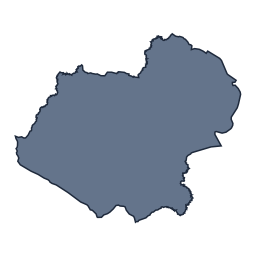 Waritchaphum, Sakon Nakhon, Thailand (Albers equal-area conic projection)
{"feature_id": "78962969B22667703415616", "entity_name": "Waritchaphum", "entity_type": "district", "adm_level": 2, "iso_a3": "THA", "parent_name": "Thailand", "parent_adm1": "Sakon Nakhon", "projection": "albers", "projection_center": [103.61, 17.26], "detail": "fine", "context": "isolated", "style": "filled", "palette": "slate", "viewbox_px": 256, "rotation_deg": 0, "n_neighbors": 0, "source": "geoboundaries", "source_scale": "gbopen_adm2", "svg_char_len": 5729}
<svg xmlns="http://www.w3.org/2000/svg" viewBox="0 0 256 256"><path d="M221.2,145.9L214.9,134.5L214.9,132.4L215.1,131.9L216.2,131.5L222.1,133.1L226.0,132.2L230.6,128.9L231.5,127.9L232.7,125.4L232.9,123.4L231.2,119.4L231.3,117.1L237.2,107.9L238.4,104.2L240.6,94.4L240.2,92.1L238.2,88.5L235.1,85.2L233.0,85.5L232.4,83.9L232.4,82.4L235.0,82.2L236.1,80.3L228.0,74.7L227.1,73.8L221.5,60.5L219.7,58.4L207.7,51.1L206.2,53.3L203.2,51.2L199.3,49.3L194.6,48.6L191.4,49.6L191.9,45.8L190.8,44.8L189.0,44.4L187.8,42.0L185.4,39.3L184.0,38.7L183.0,37.5L180.7,36.7L179.3,36.4L178.7,36.8L175.6,36.2L172.2,33.8L171.6,34.7L170.6,35.2L170.0,36.7L169.0,37.3L168.5,38.5L167.5,38.6L166.5,39.7L164.8,39.5L164.7,40.1L164.1,40.4L163.1,40.3L162.3,38.6L161.3,39.1L160.8,38.6L161.5,37.8L161.6,36.8L160.5,36.7L160.4,37.1L160.0,36.8L159.6,37.2L158.9,36.5L158.4,36.7L158.4,36.0L157.2,36.3L157.7,37.3L157.0,37.4L157.2,37.9L156.8,37.8L156.4,38.5L155.8,38.3L155.8,38.7L155.0,39.0L154.3,38.8L153.1,39.3L153.1,40.2L152.6,39.7L152.1,40.1L151.9,41.7L151.1,41.8L151.4,42.0L151.0,42.4L151.5,43.4L150.9,44.7L151.5,45.5L150.9,45.9L151.4,46.8L150.4,47.2L150.5,47.5L150.0,47.8L150.0,48.5L149.5,48.5L149.8,49.0L146.4,50.3L146.5,50.8L146.1,51.1L145.8,50.6L144.9,51.1L145.0,52.5L144.7,52.9L145.0,54.5L145.9,54.8L146.4,55.4L146.1,56.4L146.5,57.2L145.9,58.4L146.0,58.8L147.0,58.9L146.0,59.5L146.3,61.0L147.0,61.3L146.6,61.7L147.1,62.4L146.6,62.8L147.1,62.8L147.2,63.2L146.4,63.3L146.8,64.2L145.6,64.9L145.7,67.2L143.3,67.7L142.7,68.8L142.8,69.7L142.3,69.6L142.3,70.4L141.2,71.4L140.5,73.0L139.1,73.8L138.6,74.8L138.1,75.0L138.7,77.5L134.8,77.1L133.9,76.3L133.2,77.2L131.5,76.1L128.8,75.4L129.0,74.0L126.3,73.5L124.5,72.4L120.1,71.9L118.3,71.8L118.0,72.7L117.3,72.7L116.7,73.6L111.6,72.2L107.4,72.2L104.8,75.8L100.9,75.7L97.2,73.9L96.0,74.2L91.7,73.4L90.9,72.9L87.7,73.5L87.0,72.6L85.3,72.3L82.9,70.1L82.5,65.8L81.7,64.9L80.2,66.2L78.9,66.0L78.0,66.6L78.4,67.0L77.7,67.9L78.0,68.5L77.0,68.8L77.1,69.1L76.3,69.7L76.7,70.0L76.4,70.8L76.8,71.2L76.0,71.6L76.4,71.9L75.6,71.9L75.4,72.7L74.5,73.3L73.6,73.2L71.7,74.5L71.7,75.1L69.9,74.1L69.4,74.5L69.2,73.8L68.2,74.2L67.3,73.4L67.4,73.9L66.7,74.4L65.8,73.7L65.5,74.4L65.2,73.8L64.8,74.0L64.4,73.6L63.5,74.0L63.8,73.6L63.5,72.9L63.0,73.3L62.8,72.8L60.4,72.5L60.0,72.0L58.0,74.4L57.8,75.3L57.5,75.8L57.2,75.6L56.8,76.4L57.1,76.7L56.4,77.6L56.7,79.0L57.7,79.2L57.6,80.5L57.1,80.7L57.4,81.7L57.1,81.9L57.9,83.8L57.2,85.2L56.7,85.2L56.1,86.2L56.4,86.2L56.0,88.4L56.3,88.6L56.0,88.8L56.7,89.0L56.4,89.3L56.7,90.3L57.5,91.0L57.3,91.5L57.7,92.4L56.8,94.5L56.2,94.8L55.5,94.1L54.6,95.6L53.4,95.1L52.4,95.3L52.3,95.6L50.7,95.6L51.0,96.3L50.4,96.3L49.9,97.1L49.1,97.2L48.3,98.0L47.8,99.5L47.4,99.4L47.0,100.0L47.5,100.7L47.2,101.3L47.5,102.2L47.1,102.3L47.5,102.8L47.3,104.5L46.1,104.8L44.8,106.6L44.5,106.6L44.6,106.1L44.0,106.2L43.5,106.9L42.9,106.9L42.7,107.3L42.0,107.0L41.8,107.4L41.4,107.2L40.5,107.8L39.9,109.1L40.2,109.3L39.8,109.8L40.2,110.6L39.7,111.9L38.5,113.0L38.7,113.4L38.2,114.2L37.9,114.5L37.4,114.3L36.3,115.2L36.0,117.3L36.5,117.9L37.0,117.8L36.8,118.9L36.2,119.3L36.5,121.0L35.4,122.0L34.7,123.4L32.7,125.0L32.1,126.0L32.1,127.0L31.5,127.9L31.6,130.1L31.2,130.8L30.0,131.2L28.1,135.1L25.8,137.7L25.1,138.0L23.5,137.9L21.7,136.8L18.4,137.4L15.4,136.2L16.0,138.6L17.3,140.9L17.6,142.2L17.5,145.5L17.1,147.4L16.1,148.6L17.2,150.8L17.1,151.8L16.5,152.4L16.7,154.2L17.8,155.7L18.8,158.0L17.8,161.3L20.3,164.8L31.1,171.2L38.1,174.4L44.1,178.1L48.0,179.7L49.3,180.8L50.0,182.1L52.0,183.4L56.2,184.9L68.1,192.6L80.7,202.0L86.8,204.7L88.0,205.8L90.3,209.8L92.4,210.3L96.1,213.9L97.1,217.0L97.6,217.4L101.5,217.3L103.8,214.9L107.4,213.7L109.9,212.1L113.3,208.9L116.0,205.5L118.5,205.1L120.0,206.0L123.7,206.3L125.1,206.9L126.3,210.2L129.2,214.0L133.6,216.3L134.4,217.9L135.5,222.2L136.3,221.6L137.9,221.6L138.9,220.3L146.0,217.8L147.9,215.9L150.1,214.9L150.3,214.0L152.0,212.2L153.5,212.0L155.6,210.2L157.8,209.9L159.5,208.7L161.0,208.3L161.2,207.2L162.2,206.8L163.6,207.4L164.6,206.9L166.5,206.6L167.0,206.8L167.0,207.4L167.6,207.4L168.0,206.9L168.7,207.7L169.8,207.6L170.9,208.4L172.0,208.0L172.2,209.3L173.1,209.2L173.1,209.6L173.7,209.8L173.7,210.3L174.3,210.3L174.5,210.7L174.8,210.1L175.5,210.4L176.1,210.2L175.8,210.7L177.4,212.9L177.6,214.1L178.2,214.0L180.2,215.5L181.0,214.7L181.4,214.9L183.3,214.2L183.6,213.0L184.7,213.1L184.7,212.7L185.1,212.8L184.7,212.5L184.7,211.8L185.5,210.8L185.6,209.5L186.2,208.8L186.5,209.0L186.4,208.3L186.8,208.5L187.0,207.7L186.0,207.4L185.9,205.1L186.5,205.5L186.6,205.1L187.7,205.0L187.6,204.5L188.2,204.8L188.4,204.1L188.8,204.3L188.9,202.8L190.0,202.4L189.6,202.1L190.0,201.0L191.9,200.5L192.0,199.2L191.5,199.1L192.3,198.0L192.8,197.9L191.7,196.4L190.8,196.7L191.0,195.9L190.7,195.5L191.8,194.9L191.4,194.8L191.0,193.3L190.7,193.6L190.3,193.3L190.6,191.9L190.1,192.0L189.9,191.0L189.6,190.9L190.0,190.5L189.7,190.0L188.8,189.8L189.0,189.2L188.7,188.6L187.2,188.0L187.0,187.5L186.6,187.6L186.2,186.9L185.0,186.2L184.5,186.5L183.5,186.2L184.1,185.1L183.4,185.3L183.4,184.6L182.9,184.9L181.8,184.5L181.2,184.8L181.2,184.2L180.4,183.5L180.8,182.6L180.6,182.0L181.5,181.0L184.5,181.2L184.1,181.1L184.4,180.7L183.9,179.5L184.2,178.7L183.6,178.5L184.3,177.6L183.5,177.2L182.6,175.7L183.1,175.4L182.7,173.6L183.0,173.0L183.5,173.5L184.1,173.4L184.4,172.9L185.7,173.0L185.9,172.4L186.5,172.6L187.2,171.8L186.5,171.1L186.2,171.4L186.3,171.0L186.6,170.5L186.8,170.8L187.6,170.6L187.6,169.8L189.2,168.5L188.2,168.1L188.4,167.8L188.0,167.6L188.3,167.4L187.9,166.2L187.9,164.7L186.5,164.2L186.0,163.2L186.3,162.9L185.6,162.4L185.8,161.9L185.2,161.3L186.2,160.3L186.6,157.0L188.0,155.4L190.6,154.0L191.3,153.0L192.3,152.5L211.0,146.9L221.2,145.9Z" fill="#64748b" stroke="#1e293b" stroke-width="1.5"/></svg>